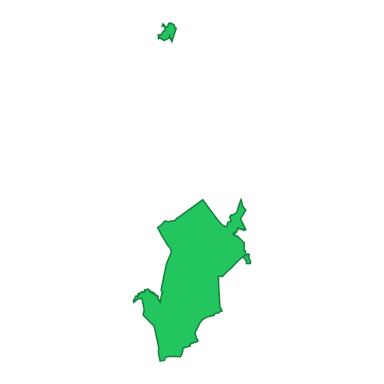 the district of Santo Domingo Tehuantepec, Oaxaca, Mexico
{"feature_id": "50627088B71945417585230", "entity_name": "Santo Domingo Tehuantepec", "entity_type": "district", "adm_level": 2, "iso_a3": "MEX", "parent_name": "Mexico", "parent_adm1": "Oaxaca", "projection": "equal_earth", "projection_center": [-95.387, 16.448], "detail": "fine", "context": "isolated", "style": "filled", "palette": "green", "viewbox_px": 384, "rotation_deg": 0, "n_neighbors": 0, "source": "geoboundaries", "source_scale": "gbopen_adm2", "svg_char_len": 5655}
<svg xmlns="http://www.w3.org/2000/svg" viewBox="0 0 384 384"><path d="M202.8,199.7L178.6,217.2L177.1,218.1L174.0,221.1L173.1,220.7L171.4,221.1L171.0,221.0L168.5,221.8L167.6,221.7L165.8,221.0L164.6,221.3L163.5,222.3L161.6,224.8L157.6,227.6L161.4,234.8L167.6,245.2L169.0,246.8L170.6,248.7L171.1,252.7L166.6,263.5L164.0,275.4L161.1,290.4L162.6,292.1L162.2,292.4L160.7,299.0L160.2,302.2L159.8,301.6L159.5,301.5L159.5,301.3L159.8,301.0L159.7,300.8L159.5,300.7L159.4,300.5L159.3,300.4L158.8,300.2L158.7,300.1L158.6,299.7L158.8,299.5L158.5,299.3L158.2,299.5L157.9,298.9L158.0,298.5L158.0,297.7L158.2,297.2L158.0,296.9L157.9,296.8L157.9,296.2L157.4,296.2L157.1,295.7L156.7,295.4L156.4,295.7L156.2,295.8L155.9,295.5L155.6,295.5L155.6,295.0L155.3,294.6L155.1,294.1L154.8,294.2L154.6,293.9L154.4,293.6L154.2,293.9L154.0,293.7L153.7,293.4L153.5,293.5L153.4,293.4L153.4,293.2L153.1,293.5L152.8,293.2L152.6,292.9L152.3,292.8L152.3,292.6L152.1,292.6L152.1,292.3L152.2,292.1L151.7,292.1L151.6,292.4L151.2,292.4L151.2,292.7L150.7,292.4L150.4,292.2L150.5,291.6L150.1,291.9L150.0,291.7L149.9,291.8L149.8,291.4L149.9,290.9L149.6,290.6L149.4,290.2L149.2,290.2L149.1,290.4L148.9,289.8L147.8,289.0L147.3,289.1L146.9,289.7L145.6,289.7L145.1,290.2L144.9,290.2L144.6,290.0L144.6,290.9L144.8,291.8L144.3,292.0L144.0,292.4L143.6,292.1L143.4,292.1L143.3,291.9L143.0,292.0L142.8,291.8L142.7,291.9L142.0,291.7L141.4,292.0L141.2,292.5L140.9,292.6L140.6,293.0L140.3,292.9L139.8,293.1L139.3,293.2L139.3,293.4L139.4,293.5L139.5,293.8L139.4,294.0L139.2,294.2L138.8,293.8L138.8,293.5L138.6,293.5L138.3,294.3L138.3,294.6L138.3,294.9L138.2,295.0L138.1,294.9L137.8,294.8L137.6,295.0L137.8,295.2L137.7,295.5L137.8,295.8L137.8,296.1L137.9,296.4L137.9,296.7L137.6,296.8L137.5,296.6L137.2,296.5L136.9,296.2L136.8,296.3L136.4,296.4L136.3,296.2L136.2,296.2L135.7,296.2L135.7,296.3L135.6,296.6L134.7,298.7L134.0,299.6L133.3,300.8L133.6,301.1L134.2,301.1L134.0,302.1L138.0,298.8L141.8,298.5L144.2,309.7L143.1,315.0L154.2,326.3L158.7,347.2L158.4,352.7L160.1,361.0L161.6,360.9L162.1,360.7L162.5,360.6L162.8,360.5L164.0,360.4L164.7,360.0L164.7,359.8L164.6,359.6L164.7,359.1L165.1,357.8L165.8,357.3L167.3,356.8L169.2,356.5L170.6,356.6L172.6,356.4L180.3,356.7L180.3,356.3L180.4,355.9L180.8,355.5L181.1,355.5L181.5,355.1L181.5,354.7L181.8,354.2L181.9,353.8L182.1,353.6L182.1,353.4L181.9,353.3L181.9,352.9L182.0,352.6L182.4,352.3L182.5,351.8L182.7,351.5L182.5,351.3L182.5,351.1L182.5,350.8L182.8,349.9L182.7,349.4L183.3,348.4L184.8,347.5L189.7,346.1L189.9,346.1L189.7,345.6L190.3,345.0L190.3,344.8L190.2,344.9L190.2,344.6L190.3,344.3L190.6,343.9L190.9,343.7L193.9,342.6L197.1,341.7L197.4,341.6L197.9,341.0L197.9,340.4L197.5,339.6L197.2,339.6L196.8,338.7L196.7,338.8L196.2,337.6L196.1,336.5L195.6,335.4L195.4,334.0L195.3,333.6L195.2,332.7L195.3,332.2L196.0,330.5L197.0,328.9L198.9,324.8L199.9,323.0L201.4,320.9L203.1,319.3L205.2,317.9L207.3,317.0L208.9,316.5L214.1,315.4L214.1,314.8L214.2,314.3L214.3,314.0L214.7,313.8L216.4,313.2L218.9,312.9L219.1,312.9L219.1,313.1L219.1,312.8L219.2,312.6L219.3,312.4L219.3,312.2L219.6,311.9L220.5,311.4L221.0,311.2L221.4,310.9L221.7,310.6L221.8,310.7L221.9,310.8L221.9,310.6L221.7,310.5L221.1,309.6L221.1,309.0L220.7,308.0L220.0,307.5L218.8,288.3L218.4,276.3L222.5,276.5L226.8,271.8L231.2,268.1L237.1,261.8L239.6,259.5L243.7,256.1L243.6,257.3L244.7,258.8L245.5,260.2L246.0,260.6L246.3,261.1L246.4,261.5L246.5,263.6L248.4,263.6L249.8,263.5L250.1,263.6L250.7,262.8L250.5,261.2L249.1,258.5L248.2,256.4L248.9,256.3L249.2,255.2L249.0,254.3L248.8,254.1L247.9,253.7L247.1,254.1L246.2,255.1L245.8,255.3L245.6,255.2L245.2,254.5L245.1,254.0L245.4,252.8L245.5,251.3L245.1,250.6L244.2,250.3L244.0,249.8L244.4,243.1L237.7,236.4L237.2,236.1L236.7,236.6L236.3,236.4L236.0,235.9L236.0,236.1L235.0,235.6L234.4,235.1L233.4,234.6L233.3,234.4L233.6,234.6L233.8,234.3L233.7,234.1L233.9,233.8L233.8,233.7L234.2,233.1L234.7,233.2L234.9,232.2L235.5,232.4L236.1,232.2L236.5,232.2L236.7,231.1L237.0,230.9L237.3,230.0L237.5,230.1L237.7,229.8L237.6,229.7L238.2,227.9L239.1,228.5L239.6,228.9L240.1,228.9L240.2,228.7L240.7,228.9L240.8,229.1L241.2,229.4L241.4,229.2L241.9,229.6L243.5,229.7L243.6,229.2L244.5,229.5L244.3,230.3L245.8,229.6L240.5,218.7L245.8,210.2L242.5,205.8L242.2,204.6L241.6,201.1L241.2,200.6L241.0,199.7L239.7,203.1L238.5,206.5L237.0,211.7L236.2,212.7L234.7,214.0L232.3,215.1L231.7,214.9L231.2,214.9L231.0,215.0L230.7,215.4L230.0,216.9L230.3,217.1L229.8,217.8L231.2,220.9L227.8,222.4L227.5,223.4L226.8,226.6L224.6,226.4L224.3,225.9L223.5,225.8L223.1,225.5L220.4,223.2L213.9,214.9L202.8,199.7ZM158.2,34.8L158.2,35.0L158.9,36.4L159.0,36.7L158.4,37.0L158.3,37.4L158.4,37.6L158.4,38.7L158.5,38.8L159.6,37.9L160.3,38.3L161.9,39.1L164.2,40.5L169.1,37.9L169.4,36.2L169.5,35.9L169.6,36.4L169.9,36.6L170.1,38.3L170.4,38.9L170.6,39.6L170.9,39.9L171.3,39.3L171.5,39.5L171.9,41.3L173.0,37.8L176.2,28.3L175.8,28.2L175.3,28.3L174.9,28.1L174.7,27.4L174.8,26.7L174.7,26.4L174.4,26.2L174.1,25.1L173.5,24.3L173.0,24.2L172.8,24.0L171.9,23.9L170.6,23.1L170.4,23.0L170.1,23.3L169.8,23.3L169.7,23.1L169.2,23.1L168.9,23.4L168.0,25.1L168.1,25.5L167.6,26.7L167.3,27.0L167.0,27.0L166.6,26.7L166.3,26.9L165.7,27.0L165.3,26.9L165.1,26.4L164.5,26.4L164.3,26.2L164.3,25.8L164.1,25.5L164.0,24.8L163.8,24.7L163.6,24.7L163.2,24.4L163.0,24.1L162.9,24.5L162.7,24.5L162.6,24.9L162.2,25.4L162.2,25.9L162.3,25.8L162.4,25.5L162.6,25.5L162.9,25.9L163.1,25.9L163.5,25.8L163.6,26.1L163.9,26.2L163.9,26.3L164.7,27.2L165.0,27.4L165.2,28.2L164.9,29.1L165.0,30.0L164.9,31.0L164.5,31.2L163.7,31.0L162.6,32.2L162.3,32.8L162.2,33.3L161.5,33.8L161.3,35.1L159.0,35.0L158.2,34.8Z" fill="#22c55e" stroke="#15803d" stroke-width="1.5"/></svg>